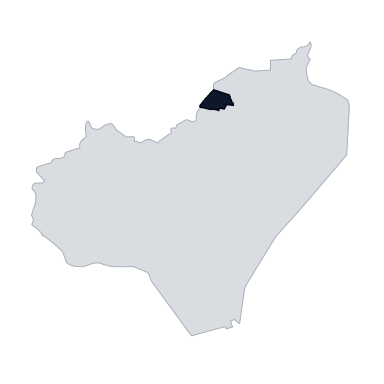 location of Ali Al-Gharbi, Maysan, Iraq, rotated 267°
{"feature_id": "34846034B45052357299579", "entity_name": "Ali Al-Gharbi", "entity_type": "district", "adm_level": 2, "iso_a3": "IRQ", "parent_name": "Iraq", "parent_adm1": "Maysan", "projection": "equal_earth", "projection_center": [46.697, 32.421], "detail": "fine", "context": "in_parent", "style": "filled", "palette": "ink", "viewbox_px": 384, "rotation_deg": 267, "n_neighbors": 0, "source": "geoboundaries", "source_scale": "gbopen_adm2", "svg_char_len": 5048}
<svg xmlns="http://www.w3.org/2000/svg" viewBox="0 0 384 384"><g transform="rotate(267 192 192)"><path d="M156.0,40.3L158.8,39.5L164.0,35.0L167.1,30.7L168.1,30.3L170.8,31.7L172.7,32.1L177.2,30.5L179.8,31.4L182.1,32.4L183.3,32.5L189.3,35.2L190.8,35.5L193.8,35.8L198.5,35.9L201.4,34.2L203.6,32.5L205.0,32.6L206.5,33.0L207.6,33.7L208.7,35.0L209.1,36.7L208.9,42.5L209.3,44.0L210.1,45.1L211.1,45.3L212.4,44.0L214.6,42.2L217.3,40.2L219.4,38.4L220.5,37.7L222.3,37.8L224.1,38.2L225.1,39.0L225.1,39.3L226.0,42.0L228.3,52.0L229.6,53.3L231.2,54.4L232.2,55.9L232.6,57.4L232.5,59.7L232.5,62.4L233.1,64.5L234.0,66.1L234.8,66.9L236.1,67.0L237.5,67.3L238.5,68.9L241.6,80.4L241.9,81.9L243.3,82.4L245.5,82.2L247.7,83.4L250.1,85.2L252.4,88.8L253.9,89.3L258.7,88.8L265.2,89.4L268.2,91.2L267.9,92.3L265.6,93.5L261.4,95.0L260.2,97.5L259.5,100.7L259.6,102.5L260.6,104.5L263.5,108.5L263.7,109.9L264.2,111.9L264.8,113.3L264.1,115.9L261.5,117.8L258.0,119.8L250.9,128.6L250.3,130.5L250.4,135.8L249.7,137.3L247.4,137.3L245.7,137.0L245.6,138.8L244.5,141.3L243.8,143.4L246.4,148.5L246.8,151.1L246.4,153.6L244.0,157.8L242.5,160.6L242.9,161.2L244.8,162.4L250.6,171.6L252.4,174.9L254.9,174.0L255.8,174.1L256.6,174.6L257.0,175.7L257.0,177.1L256.4,179.2L259.5,180.0L260.7,182.2L264.3,189.4L264.2,191.6L262.4,195.0L262.4,197.3L262.8,199.3L263.3,200.0L268.8,200.3L271.1,201.1L276.8,204.8L283.2,210.5L288.5,215.2L293.0,219.2L297.8,218.9L299.1,219.6L300.3,220.9L301.7,224.1L304.5,231.6L306.9,234.0L310.5,240.0L313.9,245.5L311.7,253.1L309.5,261.0L309.6,271.2L309.6,276.7L314.2,277.0L319.4,277.2L319.5,283.8L319.6,290.4L319.6,297.9L321.2,298.3L323.6,299.9L324.6,302.3L325.9,303.7L327.5,303.9L329.1,305.1L330.6,307.3L331.2,308.9L330.8,310.1L331.1,312.1L332.2,314.9L333.5,316.3L335.6,317.9L332.8,318.8L329.8,318.1L323.5,314.8L321.4,314.7L318.8,316.0L318.6,317.1L311.9,313.4L309.5,312.6L308.7,312.5L304.8,312.6L299.4,313.2L296.2,314.8L293.9,316.4L292.9,317.9L292.6,318.8L290.8,323.4L288.8,329.4L286.7,334.8L282.7,342.4L280.4,345.9L275.5,352.4L270.3,353.7L258.2,352.4L244.7,351.0L231.3,349.5L221.3,348.5L220.6,348.1L210.8,338.9L203.0,331.5L193.4,322.4L183.6,313.1L173.7,303.6L166.5,296.8L157.7,288.0L149.8,280.0L143.6,273.7L135.5,268.1L129.3,263.8L120.1,257.5L112.9,252.5L106.6,248.3L97.0,241.7L93.9,239.9L83.8,237.7L74.3,235.8L64.5,233.9L58.0,232.6L62.4,227.9L61.2,223.7L58.0,224.5L55.1,225.5L53.5,219.0L55.8,218.1L54.0,209.6L52.1,200.9L50.3,192.5L48.4,183.9L56.9,178.3L63.2,174.2L72.0,168.5L80.5,162.9L88.6,157.6L97.5,151.8L105.4,146.6L112.6,144.5L114.2,142.9L117.6,135.8L120.5,129.8L120.7,128.4L120.9,119.8L121.6,109.8L122.6,104.4L124.3,99.7L125.9,96.3L126.1,93.0L126.0,89.8L124.6,84.8L123.1,79.7L123.4,74.8L123.8,72.1L124.9,67.9L126.6,64.8L128.4,62.9L135.2,60.9L139.2,59.7L144.7,54.3L147.9,51.0L152.4,45.9L155.7,42.1L156.0,40.8L156.0,40.3Z" fill="#d9dde1" stroke="#a8b0b8" stroke-width="1"/><path d="M292.9,219.0L292.7,218.9L292.2,218.5L291.7,217.9L291.5,217.6L291.3,217.3L291.1,217.1L290.7,216.7L290.3,216.2L289.9,215.9L289.7,215.6L289.5,215.4L289.4,215.2L289.2,215.0L288.9,214.8L288.4,214.5L288.1,214.2L287.9,214.1L287.8,213.8L287.7,213.6L287.4,213.3L287.3,213.2L287.1,213.0L287.0,212.9L286.7,212.8L286.4,212.6L286.2,212.4L286.0,212.2L285.9,212.0L285.8,211.8L285.6,211.5L285.3,211.2L285.1,210.9L284.8,210.7L284.6,210.4L284.3,210.1L284.2,210.0L284.1,209.9L283.9,209.8L283.5,209.7L283.3,209.6L283.1,209.5L283.0,209.3L282.8,209.0L282.5,208.6L282.4,208.5L282.2,208.3L282.1,208.0L281.7,207.7L281.3,207.5L281.1,207.4L280.9,207.2L280.7,207.1L280.4,206.8L280.3,206.6L280.2,206.5L280.0,206.4L279.8,206.3L279.5,206.2L279.3,206.0L279.2,205.7L279.0,205.3L278.9,205.2L278.6,205.1L278.3,204.9L277.8,204.6L277.6,204.5L277.1,204.2L276.9,204.3L276.7,204.5L276.4,204.8L276.2,205.0L275.9,205.2L275.8,205.4L275.9,205.5L276.1,205.7L276.2,205.8L276.3,205.9L276.3,206.2L276.3,206.4L276.3,206.5L276.1,206.6L275.7,207.3L275.5,207.9L275.4,208.1L275.3,208.3L275.2,208.9L275.1,209.5L274.8,210.2L274.5,211.2L274.3,211.9L273.9,213.2L273.8,213.7L273.5,214.9L273.5,215.3L273.5,215.5L273.6,215.8L273.5,216.9L273.6,217.4L273.5,217.9L273.5,218.4L273.5,218.7L273.4,218.9L273.3,219.4L273.1,219.6L273.0,219.8L272.9,220.0L272.9,220.5L272.9,220.9L272.8,221.2L272.6,221.4L272.5,221.8L272.4,221.9L272.2,222.4L272.1,222.6L272.0,222.9L272.6,223.0L272.9,223.1L273.2,223.1L273.4,223.1L273.7,223.2L273.8,223.6L274.0,224.1L274.1,224.5L274.1,225.1L273.9,225.9L273.7,226.5L273.5,226.9L273.5,227.1L273.4,227.8L273.3,228.4L273.3,228.6L273.9,228.9L274.9,229.5L276.0,230.2L276.8,230.7L277.3,231.0L277.6,231.2L277.3,232.2L277.1,233.9L276.7,236.1L276.5,237.2L276.4,237.7L276.4,237.8L276.9,237.7L277.5,237.5L277.9,237.9L278.5,237.6L279.0,237.2L279.5,236.8L280.1,236.4L280.6,236.1L281.1,236.0L281.7,236.2L282.1,236.0L282.6,235.5L283.1,235.1L283.3,235.0L284.0,235.0L285.0,235.1L285.5,234.7L286.1,234.5L286.9,234.4L287.1,233.8L287.5,232.9L287.8,232.1L288.3,231.0L288.6,230.0L289.0,229.1L289.4,227.9L289.8,226.9L290.4,225.4L291.0,223.9L291.5,222.6L292.0,221.3L292.5,220.0L292.9,219.0Z" fill="#0f172a" stroke="#020617" stroke-width="1.5"/></g></svg>